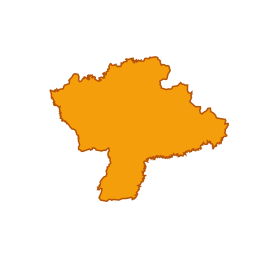 outline of Paracatu, Minas Gerais, Brazil, rotated 215°
{"feature_id": "56859067B92126801808434", "entity_name": "Paracatu", "entity_type": "district", "adm_level": 2, "iso_a3": "BRA", "parent_name": "Brazil", "parent_adm1": "Minas Gerais", "projection": "robinson", "projection_center": [-46.879, -17.108], "detail": "fine", "context": "isolated", "style": "filled", "palette": "amber", "viewbox_px": 256, "rotation_deg": 215, "n_neighbors": 0, "source": "geoboundaries", "source_scale": "gbopen_adm2", "svg_char_len": 5824}
<svg xmlns="http://www.w3.org/2000/svg" viewBox="0 0 256 256"><g transform="rotate(215 128 128)"><path d="M129.6,201.9L131.0,202.0L132.3,200.8L135.0,200.5L136.4,199.5L136.8,198.6L139.7,200.6L139.9,201.5L143.3,201.7L144.1,202.7L146.4,202.0L149.5,198.8L150.4,198.7L150.7,198.2L150.4,197.0L153.5,195.2L154.0,194.3L153.4,192.2L154.3,191.0L156.1,190.3L156.3,190.8L157.1,189.3L158.1,189.6L158.6,187.8L160.0,188.8L160.3,187.9L159.6,187.2L161.0,187.4L161.2,187.0L160.3,186.2L160.3,185.0L161.7,185.1L162.9,187.0L163.7,186.4L163.6,185.9L164.2,186.0L164.5,187.0L165.5,186.6L166.9,184.4L169.1,183.5L169.2,183.0L167.3,182.5L167.2,181.8L169.6,179.4L169.3,177.6L170.8,177.4L169.3,174.8L170.0,174.2L169.9,173.6L170.8,173.4L171.5,172.4L173.5,172.5L174.4,173.2L176.2,170.6L177.4,170.2L179.0,170.9L179.3,170.5L179.0,167.5L177.3,165.9L178.3,164.6L177.0,163.0L178.0,161.7L176.9,159.5L179.2,159.7L179.7,158.0L178.0,157.6L177.3,158.3L177.5,156.3L176.2,155.9L176.9,154.8L179.1,154.2L180.4,152.3L179.2,151.4L179.1,150.8L178.1,151.3L177.9,152.5L177.6,151.2L179.0,149.5L179.9,149.2L183.2,149.0L183.8,150.7L184.8,150.8L185.5,150.2L185.8,148.6L186.5,148.6L186.6,150.0L187.4,150.8L189.1,149.7L188.6,148.5L189.3,147.2L190.1,147.7L189.2,148.2L189.3,148.7L190.7,148.7L191.1,147.8L189.0,145.0L191.8,145.2L192.3,145.0L192.5,143.6L193.1,144.1L193.3,139.2L194.3,138.2L195.9,138.9L197.4,141.7L199.8,143.2L202.7,141.9L203.4,140.6L203.1,137.5L203.8,133.5L203.7,133.0L202.7,132.9L201.7,130.5L204.4,126.8L204.5,125.5L203.6,123.0L206.2,120.5L206.5,119.0L208.1,119.0L206.7,118.0L206.9,117.6L209.4,117.6L209.8,116.7L208.7,116.0L209.1,115.5L213.2,114.5L213.1,113.9L210.7,112.4L208.1,109.0L207.4,109.5L207.1,108.5L205.6,108.8L204.2,107.3L203.2,107.4L203.6,105.9L201.6,105.8L202.9,104.6L202.2,104.8L201.4,104.3L198.9,105.8L197.0,105.4L195.9,106.5L195.4,104.5L194.1,103.6L193.8,102.6L191.9,102.1L192.5,101.2L192.3,100.6L191.1,100.9L190.7,99.1L189.4,99.3L189.1,97.3L187.4,97.9L186.5,96.3L186.0,97.0L185.5,96.4L185.0,97.2L183.3,97.0L183.5,97.5L183.0,97.8L181.0,97.1L180.8,96.5L180.3,96.5L180.2,97.1L178.9,97.0L176.5,95.8L173.5,95.1L171.0,96.1L169.2,95.7L165.9,93.2L164.4,93.4L164.0,92.6L163.5,92.6L162.9,90.9L162.1,91.0L161.5,89.3L158.2,86.8L157.1,83.3L156.0,82.1L154.4,82.7L152.8,82.2L151.5,83.1L147.4,88.9L146.1,88.4L145.0,90.0L145.7,91.2L144.9,91.4L144.7,92.1L142.7,92.4L141.6,91.7L136.5,94.0L134.7,96.3L133.5,96.7L132.8,99.8L132.4,100.5L131.8,100.3L130.3,98.3L130.4,97.0L129.7,95.5L128.4,93.8L126.7,93.6L126.8,92.7L125.3,92.9L123.8,90.6L122.7,90.2L121.9,88.9L122.6,87.3L121.6,85.8L122.6,84.0L121.6,82.9L121.3,80.3L119.0,78.3L118.4,75.8L119.6,74.2L120.0,71.1L119.9,67.9L118.7,66.7L118.3,65.8L118.7,64.6L117.9,64.5L117.7,63.4L118.8,62.3L118.7,61.8L117.9,61.6L117.6,60.3L117.0,60.9L116.4,60.7L115.8,62.9L114.5,63.3L112.8,59.7L111.7,54.2L108.9,53.3L103.2,56.0L102.9,58.1L101.7,59.5L99.9,59.5L99.1,61.0L94.0,63.9L92.5,66.6L88.6,69.7L85.3,73.3L84.8,73.4L83.1,71.4L83.4,72.6L82.3,73.4L82.7,74.3L81.8,75.0L82.1,77.7L83.1,77.5L82.4,78.2L82.3,79.4L84.0,79.9L83.8,82.4L84.1,83.1L83.6,83.5L83.7,84.2L85.2,86.0L84.6,87.1L86.8,86.6L85.5,88.6L86.2,91.9L85.1,92.4L85.3,94.0L86.1,94.1L86.0,94.9L87.0,95.0L87.0,95.6L85.8,96.1L86.9,97.1L86.5,99.0L88.6,97.9L89.8,100.2L90.5,99.7L91.3,100.7L89.6,102.1L90.1,103.4L91.6,103.5L91.6,104.1L90.6,105.0L90.6,105.5L92.2,105.5L92.3,106.1L91.5,106.8L92.4,107.4L93.4,107.2L93.4,108.0L95.4,108.9L95.6,109.5L94.9,110.9L93.0,111.5L93.7,111.7L93.8,113.0L94.9,113.1L94.8,113.8L93.1,115.9L93.1,116.6L92.4,116.9L92.0,116.1L91.0,116.6L91.2,117.8L90.8,118.3L90.3,117.8L90.6,118.9L89.8,118.8L88.6,117.3L88.1,117.5L89.1,120.5L88.4,121.5L87.8,120.7L87.4,121.2L86.9,120.9L86.8,122.0L87.4,122.3L86.4,122.7L85.2,122.1L84.9,122.8L85.2,123.8L83.1,123.4L83.1,123.9L82.4,123.7L81.9,124.3L83.2,124.8L82.3,125.3L81.1,124.4L80.6,124.8L80.3,124.1L80.1,126.4L79.4,126.5L79.2,125.8L78.6,126.8L78.1,126.4L77.8,128.5L76.9,127.4L75.9,129.1L76.6,129.2L76.5,130.0L75.9,129.9L75.6,131.2L75.8,133.1L74.2,132.5L73.0,133.7L72.9,135.1L72.4,135.3L71.9,133.6L70.2,134.8L70.1,133.8L69.4,134.6L69.5,136.0L67.0,136.5L67.3,138.0L66.8,138.6L68.2,139.5L67.9,139.8L65.6,139.4L67.0,140.8L67.1,141.7L66.9,142.2L66.3,141.8L65.7,142.2L65.6,144.3L65.2,144.6L63.9,144.0L64.0,144.5L63.4,144.4L62.6,145.3L63.2,146.7L62.4,147.1L63.0,147.8L62.7,148.4L62.3,148.6L61.2,147.6L59.8,148.1L59.4,148.5L59.8,149.6L57.8,150.3L58.6,150.9L58.4,151.7L56.4,152.5L56.3,153.2L57.8,154.0L58.3,155.3L58.1,156.5L57.1,157.0L57.9,158.2L57.9,159.3L56.4,158.6L54.3,159.6L53.8,160.5L55.5,162.9L53.3,162.4L53.0,163.0L53.4,163.8L52.5,164.1L51.5,162.6L49.6,163.2L48.7,162.6L48.3,161.4L46.7,160.5L46.7,159.8L46.3,160.0L46.5,161.3L47.4,161.5L45.3,163.7L45.4,164.3L46.1,164.2L46.1,167.1L44.7,168.2L44.3,167.4L43.9,167.7L44.4,169.0L43.1,169.0L43.9,170.7L45.0,171.8L45.0,172.5L43.3,171.9L44.3,172.7L44.6,174.2L45.2,174.0L44.6,175.0L44.6,176.2L42.9,177.5L42.8,178.5L46.1,179.5L46.4,181.3L47.6,182.6L47.3,184.2L47.6,187.7L48.3,188.9L48.8,189.1L50.9,186.9L52.2,190.2L53.2,190.8L61.3,187.0L63.9,188.7L67.0,189.2L69.7,188.9L71.9,191.5L73.8,189.8L73.6,187.2L75.2,183.5L75.4,181.9L77.4,181.9L79.8,184.0L79.5,185.2L80.9,186.9L85.1,184.1L92.5,185.0L93.5,189.5L95.0,190.3L95.1,192.2L96.4,194.0L96.6,192.1L98.9,191.7L101.0,193.0L103.9,197.4L105.9,195.6L107.2,195.8L109.3,194.9L110.9,195.4L111.5,191.1L115.2,187.5L114.8,185.4L115.1,184.4L117.5,183.1L118.6,181.5L123.6,179.9L125.1,181.4L126.6,181.9L127.2,183.4L128.6,184.2L128.7,185.0L127.2,188.4L124.9,189.5L124.3,190.3L126.2,195.4L126.3,199.0L129.6,201.9ZM189.0,145.0L188.4,146.0L187.9,146.3L187.6,145.7L188.0,145.1L189.0,145.0ZM75.9,130.7L76.5,130.9L76.2,131.1L75.9,130.7ZM91.5,116.4L91.8,116.7L91.6,117.1L91.5,116.4ZM164.5,187.0L163.6,187.6L163.8,188.0L164.5,187.5L164.5,187.0ZM93.8,113.0L93.3,112.6L93.2,113.1L93.4,113.6L93.8,113.0Z" fill="#f59e0b" stroke="#b45309" stroke-width="1.5"/></g></svg>